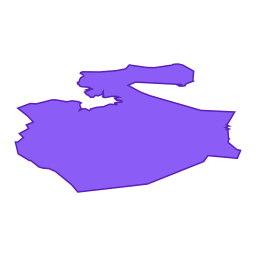 the district of Sørreisa nor, Troms, Norway
{"feature_id": "86288312B8991276694955", "entity_name": "Sørreisa nor", "entity_type": "district", "adm_level": 2, "iso_a3": "NOR", "parent_name": "Norway", "parent_adm1": "Troms", "projection": "robinson", "projection_center": [18.288, 69.101], "detail": "medium", "context": "isolated", "style": "filled", "palette": "violet", "viewbox_px": 256, "rotation_deg": 0, "n_neighbors": 0, "source": "geoboundaries", "source_scale": "gbopen_adm2", "svg_char_len": 1783}
<svg xmlns="http://www.w3.org/2000/svg" viewBox="0 0 256 256"><path d="M82.5,71.8L80.6,72.6L80.3,73.4L83.1,74.6L83.6,76.0L80.8,77.7L79.6,79.7L79.1,81.9L77.8,82.3L78.2,82.6L77.5,83.7L78.2,84.3L77.5,84.4L78.8,84.5L80.0,86.2L81.7,86.7L89.3,87.3L89.7,87.7L88.5,88.0L93.2,89.2L88.6,89.1L86.2,89.9L88.7,90.4L84.6,92.1L86.6,94.6L88.4,95.2L90.5,97.3L93.5,97.2L95.4,95.4L98.1,95.8L101.6,94.6L103.2,91.6L103.4,95.0L102.7,96.2L103.2,96.3L102.8,96.6L103.1,97.2L105.2,97.6L112.0,96.3L116.8,96.4L119.0,97.2L114.5,98.1L115.0,98.9L117.0,99.6L116.4,100.0L117.0,100.4L121.0,100.6L121.7,101.1L121.1,101.3L121.6,101.9L115.0,102.7L114.8,103.2L116.1,103.2L115.5,103.6L116.7,104.1L116.8,104.6L109.7,104.2L103.5,106.7L97.0,107.3L90.5,109.0L90.5,109.8L89.0,110.6L85.5,108.7L81.9,109.1L79.5,110.5L79.8,109.8L79.1,109.8L81.8,108.7L81.1,108.5L79.8,105.1L80.0,103.8L81.2,102.9L78.2,101.6L72.0,100.8L66.8,101.8L55.9,99.9L51.9,99.9L36.2,103.9L30.3,103.5L17.8,108.2L27.7,116.1L33.3,122.1L26.3,124.9L28.7,128.5L19.3,133.6L23.4,137.4L17.8,142.1L15.4,142.1L18.2,153.8L29.5,160.6L30.8,160.5L38.8,166.9L43.0,168.1L49.0,168.6L55.5,171.5L71.5,184.6L77.8,192.0L147.4,184.0L203.7,161.5L208.0,155.6L237.3,158.3L240.6,150.4L236.7,149.5L228.2,142.4L228.5,140.0L229.3,138.8L228.5,138.2L228.0,130.5L226.8,129.8L229.2,129.0L225.4,127.5L227.4,126.8L227.3,126.2L229.0,126.0L226.2,124.8L227.7,123.7L234.7,112.0L200.9,110.4L149.9,95.7L140.3,92.0L128.1,85.3L135.6,82.1L175.9,84.2L178.3,84.6L177.5,85.0L179.1,85.7L179.8,85.2L178.8,84.9L178.8,84.3L179.7,84.2L181.6,85.0L180.3,86.1L182.7,86.1L185.2,85.6L185.1,84.7L187.2,83.4L193.4,81.1L192.8,80.7L193.7,71.2L183.0,65.2L178.2,64.0L173.5,64.3L172.1,65.1L154.3,67.7L146.8,67.5L129.2,65.0L125.8,68.8L116.2,70.7L99.6,72.0L82.5,71.8Z" fill="#8b5cf6" stroke="#5b21b6" stroke-width="1.5"/></svg>